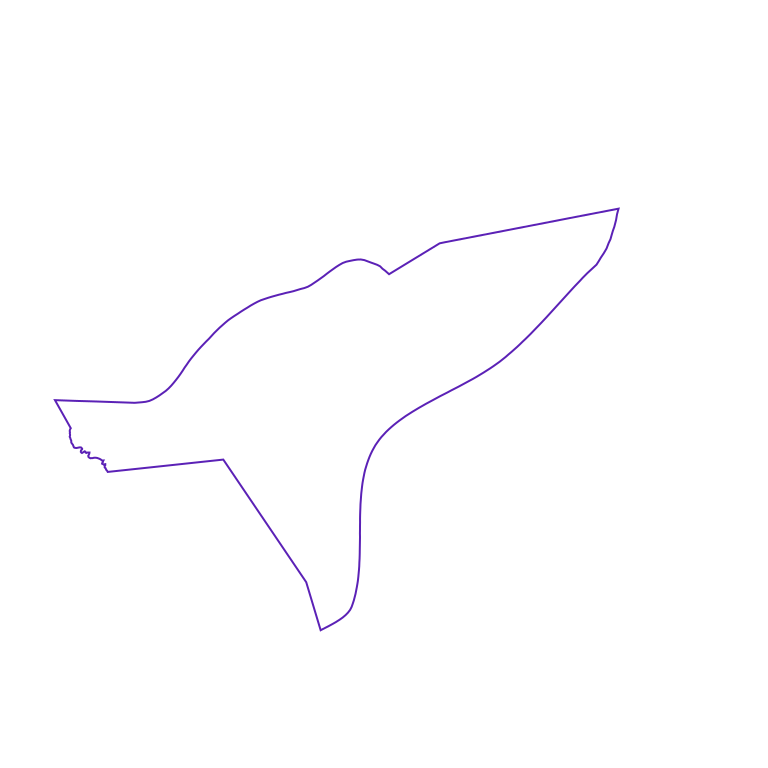 San Blas de los Sauces, La Rioja, Argentina, rotated 236°
{"feature_id": "61730980B47967614400586", "entity_name": "San Blas de los Sauces", "entity_type": "district", "adm_level": 2, "iso_a3": "ARG", "parent_name": "Argentina", "parent_adm1": "La Rioja", "projection": "equal_earth", "projection_center": [-67.15, -28.58], "detail": "fine", "context": "isolated", "style": "outline", "palette": "violet", "viewbox_px": 768, "rotation_deg": 236, "n_neighbors": 0, "source": "geoboundaries", "source_scale": "gbopen_adm2", "svg_char_len": 3960}
<svg xmlns="http://www.w3.org/2000/svg" viewBox="0 0 768 768"><g transform="rotate(236 384 384)"><path d="M554.6,102.2L522.5,99.6L522.0,98.5L521.2,97.5L520.5,97.0L519.6,96.7L519.0,96.0L517.9,95.6L516.8,94.9L516.0,93.9L514.9,93.8L513.5,93.3L512.1,93.1L511.1,92.5L510.3,92.0L509.1,92.0L507.5,92.1L506.3,91.8L505.0,91.5L504.7,91.7L504.3,91.7L503.0,93.1L502.5,94.2L501.8,96.0L501.1,97.0L500.7,97.4L499.2,97.6L498.7,97.2L498.6,96.6L498.3,95.6L497.3,94.7L496.6,94.7L495.9,94.9L495.7,95.0L495.6,96.6L495.6,98.2L494.9,98.6L494.1,98.3L493.3,98.6L493.1,99.6L492.4,100.8L491.9,101.5L491.2,100.9L490.5,99.9L489.8,98.6L488.7,98.2L488.1,98.4L487.6,98.5L486.5,99.2L486.3,99.8L485.5,101.0L485.0,102.4L484.0,103.9L482.8,105.1L482.0,105.6L481.8,105.8L481.2,106.2L480.0,106.9L478.3,107.4L477.5,108.6L477.2,108.0L476.5,107.4L476.3,106.6L475.6,105.7L474.9,106.1L474.1,106.5L473.4,108.1L472.6,107.6L472.4,106.6L472.0,106.5L471.3,106.0L471.1,105.8L470.7,105.8L469.9,106.1L469.0,105.9L468.4,105.7L467.1,105.9L466.7,105.9L465.6,105.8L445.3,144.1L411.2,208.5L263.2,208.7L215.3,193.8L215.2,194.7L214.7,198.9L214.2,203.1L213.8,207.3L213.5,211.3L213.5,212.5L213.4,215.3L213.5,219.2L213.9,222.9L214.6,226.3L215.7,229.6L217.3,232.5L219.3,235.2L221.4,237.9L223.6,240.4L225.9,243.0L228.3,245.4L230.7,247.8L233.2,250.2L234.8,251.7L235.8,252.6L238.5,254.9L241.2,257.1L244.0,259.4L246.8,261.6L249.7,263.7L252.6,265.9L255.5,268.0L257.9,269.7L258.5,270.1L261.5,272.2L264.5,274.3L267.5,276.4L270.5,278.5L273.6,280.5L276.6,282.6L279.7,284.7L282.7,286.8L285.7,288.8L288.7,290.9L291.6,293.0L294.6,295.2L297.5,297.3L300.3,299.5L303.1,301.7L305.9,303.9L308.6,306.2L311.3,308.5L313.9,310.8L316.4,313.2L318.8,315.6L321.2,318.0L323.5,320.5L325.6,323.1L327.7,325.7L329.7,328.4L331.6,331.1L333.4,333.9L335.1,336.8L336.6,339.7L338.1,342.7L339.3,345.8L340.5,349.0L341.5,352.2L342.3,355.6L343.1,358.9L343.7,362.4L344.2,365.9L344.6,369.4L344.9,373.1L345.1,376.7L345.2,380.5L345.3,384.2L345.2,388.1L345.1,391.9L344.9,395.8L344.7,399.7L344.4,403.7L344.1,407.7L343.7,411.7L343.3,415.7L342.9,419.8L342.5,423.9L342.0,427.9L341.5,432.0L341.1,436.1L340.6,440.2L340.1,444.3L339.7,448.4L339.3,452.5L338.9,456.6L338.5,460.7L338.2,464.7L338.0,468.8L337.8,472.8L337.7,476.8L337.6,480.7L337.6,484.7L337.7,488.6L337.8,492.4L338.1,496.2L338.4,500.0L338.9,503.8L339.3,507.6L339.8,511.3L340.3,515.1L340.9,518.8L341.6,522.6L342.2,526.3L342.9,530.1L343.6,533.8L344.4,537.5L345.2,541.2L346.0,545.0L346.8,548.7L347.5,551.7L348.5,556.1L349.4,559.8L350.3,563.5L351.2,567.2L352.1,570.9L353.0,574.6L353.9,578.3L354.8,582.0L355.7,585.7L356.6,589.4L357.5,593.1L358.4,596.9L359.2,600.6L360.0,604.3L360.9,608.0L362.2,614.5L364.1,626.9L365.8,630.8L367.5,634.4L369.5,639.3L371.9,644.3L375.2,649.0L377.4,652.7L380.2,656.0L383.0,659.4L385.5,662.8L390.2,668.1L394.5,672.2L398.2,676.5L418.2,629.6L420.1,625.1L442.8,571.7L467.5,513.7L469.5,508.8L472.2,449.6L477.3,448.3L480.4,447.2L483.7,446.6L486.6,445.0L489.4,443.0L492.1,441.0L494.9,439.0L497.7,437.0L500.2,434.4L502.1,431.4L503.7,428.0L505.1,424.6L506.5,421.1L507.4,417.4L507.7,413.6L507.8,409.7L507.7,405.7L507.6,402.1L507.4,398.3L507.1,394.4L507.0,390.6L506.9,386.8L506.9,382.9L506.9,379.1L507.2,375.3L508.1,371.6L509.4,368.0L510.5,364.4L511.6,360.8L512.9,357.3L514.3,353.8L515.5,350.3L516.8,346.8L518.0,343.2L519.2,339.6L520.3,336.0L521.3,332.4L522.3,328.7L522.9,325.0L523.3,321.2L523.6,317.3L523.7,313.5L523.9,309.6L524.0,305.8L524.0,302.0L524.1,298.1L524.1,294.3L524.0,290.5L523.6,286.6L523.1,282.9L522.6,279.1L521.9,275.3L521.2,271.6L520.3,267.9L519.4,264.2L518.7,260.4L517.9,256.7L517.1,253.0L516.2,249.3L515.2,245.7L514.1,242.0L513.0,238.4L511.8,234.9L510.4,231.4L509.1,227.9L507.6,224.5L506.2,221.0L504.9,217.5L503.7,213.9L502.6,210.3L501.6,206.7L500.8,202.9L500.3,199.1L500.2,195.3L500.1,191.4L500.2,187.6L500.5,183.8L501.2,180.0L502.5,176.5L504.2,173.2L506.0,170.0L507.8,166.8L530.1,136.1L537.0,126.5L541.5,120.2L554.6,102.2Z" fill="none" stroke="#5b21b6" stroke-width="2"/></g></svg>